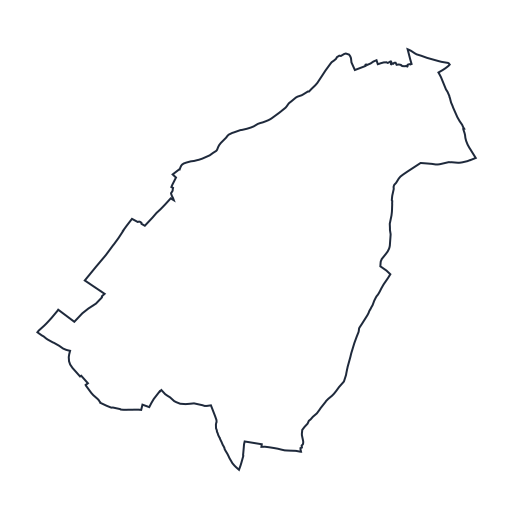 the district of Taureni, Mures, Romania, rotated 183°
{"feature_id": "2599482B94895366750216", "entity_name": "Taureni", "entity_type": "district", "adm_level": 2, "iso_a3": "ROU", "parent_name": "Romania", "parent_adm1": "Mures", "projection": "equal_earth", "projection_center": [24.072, 46.573], "detail": "fine", "context": "isolated", "style": "outline", "palette": "slate", "viewbox_px": 512, "rotation_deg": 183, "n_neighbors": 0, "source": "geoboundaries", "source_scale": "gbopen_adm2", "svg_char_len": 5939}
<svg xmlns="http://www.w3.org/2000/svg" viewBox="0 0 512 512"><g transform="rotate(183 256 256)"><path d="M203.9,431.9L205.8,429.5L209.2,425.9L211.7,423.0L212.8,423.0L217.1,420.0L218.8,418.9L222.9,417.3L224.5,416.3L228.8,412.3L230.1,411.2L231.2,410.2L231.8,409.3L233.1,407.2L234.2,405.7L240.0,400.5L247.7,394.2L249.0,393.3L250.7,392.3L253.0,391.2L256.2,389.8L258.7,389.0L261.1,388.0L265.1,385.3L267.9,384.0L271.7,382.6L276.5,381.2L278.2,380.9L284.7,378.2L286.1,377.7L289.7,375.7L291.5,373.6L291.6,373.1L297.0,367.1L298.6,364.8L299.5,362.8L300.2,360.7L300.5,359.9L301.2,358.9L304.3,356.7L307.5,354.1L314.8,350.4L318.1,349.1L319.9,348.6L322.7,347.7L326.1,347.1L330.6,345.6L333.0,344.6L334.6,343.4L335.4,342.3L336.1,340.6L336.8,338.4L337.2,338.5L343.5,333.1L340.4,330.5L340.0,330.2L343.3,322.7L344.0,320.8L344.1,320.4L342.4,319.7L342.6,318.5L342.7,316.8L343.5,315.3L344.0,314.6L344.1,313.9L343.1,311.5L341.9,309.5L341.0,307.4L344.2,309.1L349.6,302.5L353.7,297.8L357.6,293.8L361.4,288.9L368.6,280.4L372.0,282.1L372.2,282.7L372.2,283.2L373.3,283.9L374.0,284.2L374.7,284.2L375.9,283.8L381.8,286.6L386.7,279.5L390.1,274.3L389.9,274.2L394.4,266.5L398.8,259.8L399.1,259.5L405.9,249.2L415.5,236.5L425.7,222.6L405.2,210.3L407.8,207.7L407.7,206.6L413.3,200.1L420.6,194.8L426.4,189.7L434.0,180.8L450.7,192.0L451.5,190.7L457.0,183.4L460.1,179.6L461.8,177.6L463.8,175.4L469.1,170.1L470.3,168.4L469.1,167.6L465.6,165.4L463.9,164.6L461.2,162.6L459.7,161.7L454.4,159.1L453.2,158.7L449.2,156.7L447.8,156.0L444.0,153.6L443.6,153.4L440.8,152.4L439.1,152.0L436.7,151.6L437.4,148.1L437.7,145.2L437.2,141.1L435.9,137.9L433.4,134.6L425.4,126.5L424.3,127.3L417.2,120.1L419.4,118.3L419.1,117.7L413.3,110.6L412.0,109.3L411.2,108.5L408.9,106.7L406.6,104.9L405.3,103.6L404.6,102.5L403.9,101.8L403.9,101.3L397.3,98.6L393.8,97.4L392.5,97.0L391.0,97.2L383.6,96.0L383.1,95.6L381.3,95.5L379.7,95.5L365.6,96.4L362.6,96.3L361.6,101.6L354.7,99.5L352.8,103.7L350.6,107.9L345.1,115.8L344.9,115.6L343.5,117.2L339.5,113.3L337.1,111.8L334.5,110.4L330.1,106.8L328.1,105.9L324.0,104.5L318.5,104.4L314.1,105.0L310.2,105.6L301.7,104.2L299.5,103.6L297.3,103.7L293.2,104.5L288.4,93.8L286.9,90.1L286.8,89.1L286.7,88.1L287.0,87.2L287.2,85.5L286.9,81.9L286.7,81.4L286.3,80.6L286.0,79.8L285.8,78.5L285.0,77.0L284.3,75.1L283.0,72.8L282.6,72.4L282.5,71.8L281.5,69.9L280.8,68.7L279.3,65.6L278.6,64.6L277.6,62.9L277.2,61.5L276.3,60.0L274.2,56.9L272.9,54.6L271.9,52.7L268.7,47.8L266.5,45.5L264.8,44.0L261.8,41.6L260.5,45.9L259.8,48.7L258.2,55.8L258.5,56.4L258.4,58.4L258.2,63.7L258.1,67.3L257.6,70.2L240.4,68.3L240.6,65.7L237.1,66.0L233.0,65.7L228.2,65.2L224.2,64.7L220.1,63.9L217.1,63.4L212.1,63.4L205.9,63.5L201.5,62.9L200.8,62.9L201.5,65.5L201.5,66.5L200.4,66.8L200.4,66.5L200.1,67.2L200.4,68.6L200.5,69.0L200.3,69.3L199.6,70.1L199.3,70.5L199.1,71.7L199.1,72.6L199.2,73.5L200.8,79.5L200.9,81.0L200.7,84.8L198.5,88.0L195.7,91.3L195.4,92.1L194.6,94.2L192.9,95.7L190.8,98.4L187.0,102.0L184.5,105.8L183.5,107.5L178.8,114.1L178.5,114.7L178.0,115.3L176.3,117.2L172.8,120.4L171.2,122.2L170.5,123.1L168.8,125.5L166.2,129.5L161.9,134.9L161.6,135.4L161.0,137.6L160.9,138.0L159.9,141.8L159.8,142.5L159.7,143.3L159.7,143.5L159.2,146.8L159.2,147.1L159.0,148.1L158.8,149.3L158.7,150.0L156.5,160.0L155.8,163.8L153.2,174.3L151.2,180.8L150.0,184.3L149.6,185.5L149.4,186.9L149.3,188.8L149.0,189.8L146.7,193.7L141.6,202.8L140.6,205.0L140.0,206.9L139.3,208.4L139.1,208.5L139.0,208.9L138.4,210.1L138.3,210.5L137.0,213.0L135.6,217.5L134.2,220.7L133.5,222.1L132.3,223.7L131.5,225.1L130.6,226.9L129.1,230.3L127.4,233.7L126.8,234.8L123.1,240.8L120.9,244.8L125.0,248.3L131.3,252.2L131.2,256.1L131.1,257.2L130.4,259.1L130.3,259.5L126.4,264.9L124.7,267.5L123.5,270.3L123.1,271.9L122.9,273.4L122.7,283.3L122.7,284.8L123.6,289.0L123.7,290.9L124.0,294.1L124.1,295.2L123.3,300.5L123.1,301.7L122.8,303.8L122.6,307.2L122.6,309.3L122.7,314.8L122.8,315.6L122.8,317.8L122.8,318.1L123.2,318.5L123.3,319.0L123.2,321.5L123.1,323.3L122.0,329.9L122.0,330.6L122.1,331.4L122.1,331.5L122.2,331.8L122.2,332.0L122.2,332.4L122.0,333.2L121.7,334.2L121.5,334.5L119.9,336.4L117.5,340.8L115.9,342.9L113.8,344.7L112.4,345.8L109.1,348.3L107.6,349.4L96.5,357.5L96.4,357.5L91.7,357.4L85.1,357.2L81.3,356.8L78.6,357.0L76.8,357.4L68.5,359.8L66.4,359.8L65.7,359.9L59.9,359.7L58.5,359.7L57.4,359.8L55.0,360.3L49.8,361.8L47.2,363.0L47.1,362.9L41.7,365.4L46.8,372.7L47.4,373.6L48.5,375.1L48.7,375.4L50.5,378.3L52.2,382.0L53.1,384.9L53.6,387.8L53.7,388.1L54.1,389.5L55.7,393.7L55.7,393.8L54.8,394.0L55.8,395.4L57.0,397.8L59.7,401.3L62.2,405.2L66.9,414.5L67.7,416.4L69.2,419.4L70.1,422.2L70.6,423.9L71.2,425.1L71.2,425.6L71.3,425.9L73.3,429.9L73.5,430.2L75.0,432.3L80.6,444.2L82.2,446.9L83.4,448.8L79.4,451.4L76.8,453.3L74.9,454.9L73.6,456.1L72.6,457.3L73.6,458.5L74.5,458.9L75.6,459.0L80.9,459.6L83.9,460.2L95.5,462.8L101.4,464.6L106.2,465.8L108.0,466.7L112.1,469.1L114.3,470.0L115.4,470.4L112.3,460.5L110.7,455.9L111.2,455.7L111.8,455.4L112.1,455.6L112.9,455.6L113.6,455.3L113.9,455.1L114.2,455.1L114.4,455.0L114.5,454.8L114.8,454.4L114.9,454.2L114.6,453.4L114.7,453.2L114.8,453.1L115.1,453.2L115.8,453.6L116.1,453.7L116.3,453.6L116.7,453.4L117.5,453.3L119.5,453.3L120.1,453.4L120.7,454.0L121.0,454.0L121.3,454.4L122.3,454.6L123.7,454.7L125.6,454.3L126.7,456.3L127.5,456.3L128.1,456.1L128.6,455.7L128.8,455.3L129.1,455.1L129.9,455.5L130.3,455.4L130.8,454.5L131.0,454.5L131.3,454.7L131.3,455.3L131.1,456.7L131.2,457.1L131.5,457.4L132.1,457.2L133.1,456.5L134.3,455.8L134.7,455.7L134.9,455.8L135.9,456.3L136.1,456.3L137.1,456.1L137.9,456.1L138.6,456.0L141.6,455.0L143.0,454.4L144.4,453.9L145.9,457.8L149.0,456.3L151.6,454.3L155.0,452.6L155.3,452.9L155.9,453.0L156.6,452.8L156.8,452.3L156.6,451.5L167.0,446.9L170.8,454.3L171.5,458.5L172.3,460.3L173.6,462.0L176.9,462.9L178.6,462.3L181.7,460.2L183.3,460.4L185.6,458.8L186.4,457.1L188.3,455.3L190.6,453.5L191.6,452.1L196.3,444.9L199.6,439.2L203.9,431.9Z" fill="none" stroke="#1e293b" stroke-width="2"/></g></svg>